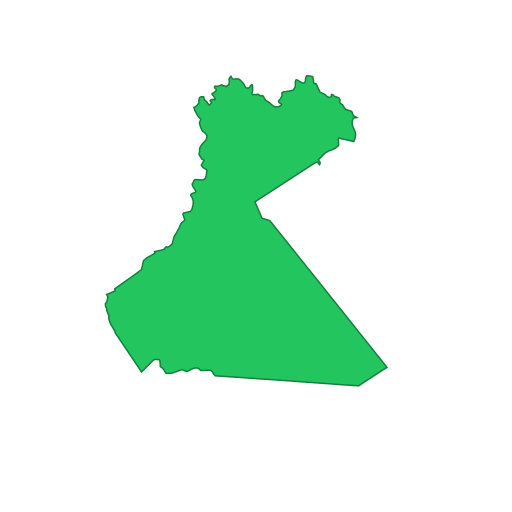 an SVG outline of Mali, rotated 147°
{"feature_id": "MLI", "entity_name": "Mali", "entity_type": "country or territory", "adm_level": 0, "iso_a3": "MLI", "parent_name": "Africa", "parent_adm1": "", "projection": "robinson", "projection_center": [-5.437, 17.569], "detail": "fine", "context": "isolated", "style": "filled", "palette": "green", "viewbox_px": 512, "rotation_deg": 147, "n_neighbors": 0, "source": "natural_earth", "source_scale": "50m", "svg_char_len": 5842}
<svg xmlns="http://www.w3.org/2000/svg" viewBox="0 0 512 512"><g transform="rotate(147 256 256)"><path d="M113.1,370.6L113.2,368.9L111.9,367.8L111.9,367.2L112.0,365.6L112.6,362.4L112.6,361.1L113.1,358.7L112.3,357.6L112.1,356.7L111.1,355.4L110.1,353.6L109.8,352.1L109.4,350.9L108.4,349.2L107.6,348.9L106.0,348.6L105.7,349.2L105.1,350.1L104.6,350.4L103.7,349.3L103.4,348.4L103.4,347.5L102.2,346.0L100.3,343.3L100.5,341.1L101.7,339.9L102.0,339.0L102.1,338.0L101.6,336.7L101.0,335.8L101.2,333.6L101.1,330.6L100.1,329.1L99.3,328.0L98.1,326.8L97.0,325.0L97.5,322.5L97.9,320.8L96.1,317.2L99.5,318.7L99.9,318.2L101.1,317.3L102.7,315.5L104.0,313.1L104.6,310.1L104.9,307.6L105.5,305.4L106.3,303.6L107.9,301.6L109.5,300.3L111.3,298.9L112.2,299.1L113.9,301.1L117.7,305.0L120.8,308.1L122.0,309.7L123.0,309.7L124.6,306.8L126.2,304.2L126.9,303.6L129.0,303.4L130.8,303.2L132.4,303.3L135.3,303.8L136.6,304.2L137.9,304.5L141.5,304.7L145.1,304.1L148.6,303.3L151.1,302.8L151.3,301.7L151.1,300.3L151.5,299.2L152.3,298.2L153.0,298.0L153.3,301.3L154.1,301.8L156.4,302.0L160.1,302.0L164.0,302.0L168.0,302.0L171.9,302.0L175.9,302.0L179.8,302.0L183.8,302.0L187.7,302.0L191.7,302.0L195.6,302.0L199.6,302.0L203.5,302.0L207.5,302.0L211.5,302.0L215.4,302.0L219.4,302.0L223.3,302.0L227.4,302.0L228.5,295.5L229.5,289.5L230.4,284.5L227.5,281.0L225.2,278.2L224.6,272.9L224.1,267.3L223.5,261.8L223.0,256.3L222.4,250.8L221.9,245.3L221.3,239.8L220.8,234.2L220.3,228.7L219.7,223.2L219.2,217.7L218.6,212.2L218.1,206.7L217.5,201.1L217.0,195.6L216.4,190.1L215.9,184.6L215.4,179.1L214.8,173.6L214.3,168.0L213.7,162.5L213.2,157.0L212.7,151.5L212.1,146.0L211.6,140.5L211.1,134.9L210.5,129.4L210.0,123.9L209.4,118.4L208.9,112.9L208.4,107.4L207.8,101.8L207.3,96.3L206.8,91.3L212.7,91.3L218.9,91.3L225.0,91.3L233.9,91.3L240.6,91.2L246.4,95.5L251.7,99.5L258.0,104.2L264.2,109.0L270.5,113.7L276.8,118.5L283.1,123.3L289.4,128.0L295.6,132.8L301.9,137.5L308.2,142.3L314.5,147.0L320.9,151.8L327.2,156.5L333.5,161.3L339.8,166.0L346.2,170.8L352.5,175.5L355.3,177.6L355.6,178.5L355.9,180.3L355.7,182.3L355.8,183.9L356.6,185.1L358.2,186.2L364.4,189.8L364.9,190.4L365.1,191.9L365.9,193.7L367.2,194.7L368.7,195.5L370.6,196.0L376.2,196.6L377.4,197.4L379.8,200.7L381.1,201.3L384.9,202.2L387.6,202.8L388.7,203.1L391.2,203.9L393.8,205.4L395.3,206.7L395.3,207.2L395.3,208.3L395.3,211.8L395.8,213.8L396.4,215.1L396.3,216.0L395.7,216.6L395.2,217.3L394.9,218.3L394.1,219.6L393.5,220.9L393.8,222.0L394.9,222.6L396.5,224.0L397.8,224.5L398.4,224.6L399.3,224.5L400.0,224.3L404.7,223.3L409.1,222.4L415.2,221.1L415.2,225.0L415.3,230.8L415.4,237.3L415.5,243.4L415.6,250.2L415.7,255.7L415.8,262.2L415.9,268.7L415.3,269.5L415.2,273.1L415.0,277.9L413.9,282.9L411.9,286.5L411.2,290.0L410.7,292.0L409.9,293.1L409.8,294.4L409.4,296.2L408.7,297.4L408.2,298.1L406.2,298.8L402.5,302.3L402.3,305.1L398.1,304.3L393.6,303.5L393.0,303.6L392.7,303.9L392.5,305.4L386.5,305.7L381.3,305.9L374.8,306.1L370.4,306.3L364.7,306.6L359.5,307.0L356.1,310.2L353.0,313.3L352.7,313.4L348.3,314.0L342.8,313.5L339.9,313.4L338.8,313.8L338.6,315.0L334.5,313.3L329.8,311.7L326.5,312.7L326.0,312.4L325.5,311.7L323.9,311.3L321.4,311.5L319.6,311.9L316.8,314.4L314.6,316.5L314.0,317.0L311.0,318.3L305.4,321.3L302.2,323.5L301.5,323.9L300.1,324.4L297.9,324.5L296.1,325.1L294.5,330.9L293.4,331.5L286.7,329.1L285.4,329.5L284.2,330.1L280.5,333.6L278.7,336.3L277.7,339.9L277.8,341.0L277.8,342.3L277.2,343.0L276.3,343.2L275.5,343.2L272.4,342.4L271.4,342.8L271.0,344.6L271.1,348.5L270.4,351.1L268.5,352.0L267.1,353.0L266.0,353.3L265.1,353.1L259.7,349.1L257.8,348.5L255.8,348.9L253.9,350.6L253.0,351.7L251.8,353.0L250.4,354.7L250.8,356.2L251.7,357.9L252.4,360.0L252.4,362.0L247.5,364.6L247.9,365.6L248.6,366.7L248.6,368.6L248.5,372.1L247.5,373.3L246.2,374.5L245.4,376.1L244.6,376.9L243.2,377.9L241.3,378.8L238.0,379.7L235.3,380.3L234.3,380.8L232.9,382.0L231.8,383.4L231.5,384.9L231.7,386.6L232.1,388.0L232.6,389.0L232.9,390.2L232.5,393.4L231.5,397.2L230.6,398.9L229.1,399.8L227.8,400.8L228.3,403.3L228.5,406.8L228.1,409.6L228.1,411.4L227.5,413.2L227.2,414.5L226.5,414.2L223.9,414.3L220.9,415.3L219.9,416.1L219.7,417.1L219.1,417.8L218.1,418.6L217.2,419.6L215.6,419.5L214.1,418.8L213.2,418.1L213.2,417.7L213.7,416.8L214.1,415.7L214.2,415.1L213.7,413.4L213.2,411.6L213.4,410.7L213.0,408.0L212.8,407.9L210.8,408.6L210.0,408.7L209.6,409.0L209.5,409.5L210.0,411.2L209.6,411.5L208.5,411.5L206.9,410.9L205.1,409.4L204.7,409.9L204.5,411.1L204.4,412.6L204.8,415.2L204.4,416.2L203.2,416.0L201.6,416.0L200.3,416.3L199.4,416.3L198.8,417.3L198.6,418.3L199.1,419.5L199.0,420.0L198.6,420.5L198.1,420.8L197.6,420.7L196.3,419.4L194.8,418.9L191.3,418.2L190.9,416.4L190.3,416.4L189.5,415.4L188.7,414.2L188.0,414.2L187.4,414.6L185.5,414.4L183.8,416.3L182.5,418.7L181.1,419.8L179.6,420.3L179.1,420.3L179.4,418.8L179.2,417.8L178.8,416.8L174.4,414.2L173.7,413.2L173.0,410.2L172.6,407.3L172.7,405.6L173.0,404.1L172.8,402.9L172.4,402.0L171.0,401.1L169.7,400.7L167.9,401.8L167.1,402.0L166.3,402.0L165.9,401.5L166.0,401.0L167.9,397.8L168.8,396.5L169.9,395.5L170.7,395.0L171.1,394.2L171.2,393.6L171.0,393.2L169.8,392.6L167.9,391.1L166.9,391.0L166.0,390.3L165.1,388.0L164.7,387.6L163.8,387.4L163.0,386.8L163.0,383.8L163.1,381.3L161.2,377.2L160.5,374.6L159.6,371.9L158.7,370.6L157.2,369.6L155.4,368.8L153.7,368.7L152.5,368.9L151.9,369.3L151.9,369.8L152.9,371.4L153.1,372.4L152.9,373.3L152.6,373.9L151.7,374.0L150.1,374.5L148.1,375.5L146.7,376.4L145.6,378.6L144.8,378.9L143.5,378.6L139.9,377.0L136.8,375.6L134.7,374.8L133.5,375.3L132.8,375.6L131.0,376.5L128.6,379.8L128.0,380.9L127.5,381.2L126.9,381.8L126.2,381.8L125.7,381.4L125.6,381.2L124.4,378.8L123.0,376.2L121.9,375.0L120.5,375.0L119.3,375.8L118.1,377.5L116.5,379.0L115.5,379.5L114.6,379.2L112.5,377.3L111.0,375.9L110.8,375.2L111.4,374.1L111.9,372.5L112.5,371.2L113.1,370.6Z" fill="#22c55e" stroke="#15803d" stroke-width="1.5"/></g></svg>